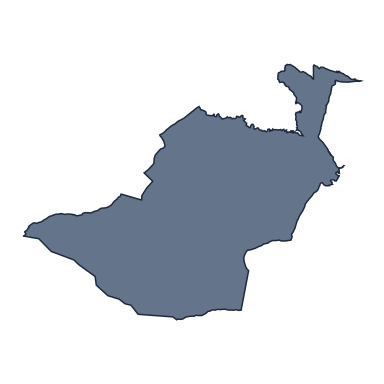 the district of Buyant, Hovd, Mongolia
{"feature_id": "93677404B7788562092433", "entity_name": "Buyant", "entity_type": "district", "adm_level": 2, "iso_a3": "MNG", "parent_name": "Mongolia", "parent_adm1": "Hovd", "projection": "equal_earth", "projection_center": [92.174, 47.985], "detail": "fine", "context": "isolated", "style": "filled", "palette": "slate", "viewbox_px": 384, "rotation_deg": 0, "n_neighbors": 0, "source": "geoboundaries", "source_scale": "gbopen_adm2", "svg_char_len": 5976}
<svg xmlns="http://www.w3.org/2000/svg" viewBox="0 0 384 384"><path d="M329.5,185.1L332.5,184.3L331.9,183.4L332.1,182.3L330.7,181.3L330.6,180.4L331.9,179.8L333.4,179.8L334.4,180.2L334.6,180.9L336.3,181.0L336.7,179.9L337.8,178.6L337.8,177.4L338.9,176.7L339.1,175.8L338.5,175.9L336.1,174.1L335.8,173.4L336.0,172.7L337.4,171.7L337.9,172.2L338.8,172.4L338.5,173.2L339.4,173.3L339.1,172.5L339.3,171.2L338.8,169.4L339.3,168.8L339.3,168.3L341.7,167.9L343.0,167.0L342.8,166.6L344.0,165.7L343.8,165.6L341.6,167.6L340.7,167.9L338.2,167.8L337.3,167.0L336.4,165.8L335.2,162.9L333.5,160.8L333.1,159.4L333.4,157.6L332.9,156.6L331.2,155.4L331.1,154.7L330.3,154.6L330.4,153.5L330.1,153.2L329.5,153.1L329.5,152.6L329.1,152.4L329.2,151.9L328.6,151.7L328.2,151.0L328.3,150.2L327.7,149.7L327.4,148.7L322.7,142.2L319.4,139.0L318.4,137.0L318.3,136.5L318.6,135.4L319.5,133.6L320.9,128.8L320.9,127.1L321.4,125.6L322.1,122.0L323.1,119.7L324.0,114.8L325.7,112.7L325.7,110.7L326.2,107.1L326.5,106.4L326.5,105.9L326.1,105.4L326.9,104.6L328.7,101.3L328.9,98.6L329.6,95.8L330.5,94.4L331.9,86.4L332.0,86.0L334.6,84.7L335.2,84.1L335.6,82.5L335.2,82.0L335.4,81.6L335.1,81.1L335.4,80.5L336.1,80.4L338.1,81.3L342.7,82.0L348.6,82.1L356.3,81.2L359.2,81.4L361.0,80.9L360.2,80.7L359.6,81.0L354.6,79.6L355.1,79.1L354.9,79.0L352.5,79.5L350.9,79.1L347.6,76.1L345.7,75.6L343.2,73.6L341.8,73.3L340.2,72.4L339.3,72.3L339.4,71.5L336.9,71.4L337.1,71.9L338.0,72.5L337.6,72.6L329.7,70.3L322.7,67.2L320.8,67.2L319.4,68.7L317.0,66.4L316.1,66.2L314.1,65.0L313.8,65.1L313.4,66.3L313.5,73.9L313.3,75.0L313.6,76.4L313.2,77.8L313.7,78.8L313.3,79.1L312.3,78.4L311.5,76.9L310.3,75.8L308.7,75.3L306.1,73.2L303.1,71.6L301.2,72.2L300.3,72.0L294.9,67.3L290.3,64.6L290.6,64.2L290.0,64.6L288.1,64.8L287.3,64.9L287.1,64.5L285.2,65.8L285.3,67.3L284.7,68.3L285.0,70.2L284.5,71.0L281.1,71.3L280.2,72.2L278.5,72.9L278.1,74.0L278.4,74.5L277.8,76.0L278.1,77.1L277.7,79.1L279.0,80.3L279.3,81.9L279.7,82.4L281.7,82.0L284.0,82.6L284.5,83.3L284.3,83.8L285.5,84.8L285.2,85.2L285.4,85.5L286.4,86.4L288.3,86.7L288.7,87.0L289.3,88.5L289.4,89.4L290.2,89.8L293.4,92.6L293.8,93.1L293.9,94.2L296.6,97.7L296.4,100.0L296.1,100.8L296.4,101.7L295.6,102.2L295.8,103.6L296.2,103.6L297.0,103.0L296.9,102.6L297.6,102.4L300.7,104.5L301.4,105.3L301.9,106.3L302.0,108.4L301.3,111.1L300.1,112.1L300.8,112.1L300.9,112.4L299.9,112.7L299.8,112.1L300.1,111.2L299.9,111.1L299.1,111.8L297.5,112.2L297.2,112.7L296.2,112.5L295.5,114.3L296.1,117.0L295.8,118.1L295.8,119.7L296.9,121.9L296.6,123.2L296.8,125.4L297.4,126.1L297.3,127.2L296.7,127.8L297.2,128.1L297.3,129.0L296.7,129.6L296.3,130.4L298.1,129.8L298.9,130.7L300.4,131.3L300.9,132.1L301.0,132.9L303.1,135.7L299.4,135.3L298.3,133.5L297.3,132.8L296.2,133.1L295.1,132.3L293.3,132.8L292.1,132.6L292.1,132.2L293.6,131.2L293.1,130.8L290.8,131.0L291.0,131.9L290.5,132.3L289.7,131.9L288.5,132.3L287.9,131.9L287.5,132.6L286.9,132.7L286.5,132.2L286.2,131.0L286.5,130.0L286.1,130.1L284.7,131.2L283.8,129.3L282.4,129.9L281.9,130.7L280.6,129.5L279.6,129.9L277.1,129.9L275.5,129.6L273.5,129.7L272.8,129.1L272.6,130.4L271.3,130.1L270.7,131.1L270.0,131.4L269.6,131.0L270.0,129.7L269.3,129.1L268.6,129.1L267.9,129.4L267.3,131.1L266.4,131.9L265.9,131.8L264.7,130.7L262.4,131.2L262.0,130.4L259.3,129.8L258.1,127.9L257.2,128.0L255.2,129.1L254.2,129.0L253.6,128.3L254.1,126.6L253.1,124.5L252.5,124.3L252.0,124.3L251.2,124.9L250.6,126.0L250.3,127.5L249.0,127.5L247.8,126.2L246.3,125.6L246.1,124.9L246.6,124.0L246.7,123.4L243.6,120.5L245.3,119.0L243.0,118.1L242.6,117.1L243.0,116.1L242.6,115.6L242.1,115.4L241.3,115.7L240.4,116.7L239.1,117.3L237.9,116.4L236.7,116.3L236.4,116.8L236.4,117.9L234.9,118.7L233.3,118.3L232.1,118.8L230.5,117.3L228.4,117.8L227.3,116.8L225.8,118.2L222.1,119.0L221.2,117.8L219.2,115.9L218.8,114.2L218.3,113.8L216.8,115.1L216.4,116.5L215.9,116.7L214.7,116.3L214.3,115.8L214.3,114.6L213.8,114.2L213.4,114.4L212.9,115.7L212.4,115.8L207.4,115.2L206.3,114.7L206.0,112.2L205.4,111.5L203.3,110.4L200.6,109.6L200.0,107.9L199.0,106.5L196.9,107.8L183.7,118.4L177.5,121.6L175.4,123.6L171.6,125.7L166.7,129.7L163.5,132.9L159.8,134.9L160.0,135.7L162.3,138.6L163.9,141.6L164.9,145.2L164.9,146.5L163.2,148.1L160.9,148.9L159.9,149.7L155.4,154.9L154.2,158.5L153.9,163.1L153.3,164.3L147.7,170.2L144.1,172.9L152.7,181.3L146.8,187.9L141.9,195.5L141.6,200.0L121.1,194.1L120.1,196.4L118.4,197.2L117.0,199.1L114.6,201.0L113.3,202.4L111.8,204.6L109.6,206.2L108.2,207.0L105.9,207.8L100.9,208.3L97.3,210.7L94.9,211.2L91.0,212.9L85.4,212.6L82.8,213.4L81.9,214.8L77.2,215.8L75.9,215.6L74.5,214.7L72.9,214.7L72.3,214.3L67.6,214.0L64.6,214.4L61.9,213.7L60.0,213.7L57.9,214.3L56.4,214.1L53.5,215.0L50.7,216.2L49.8,216.2L45.5,219.2L44.4,219.6L42.5,221.1L40.4,222.2L38.8,222.4L36.8,223.4L35.0,222.8L32.9,223.2L28.7,226.3L28.9,227.6L28.0,228.2L27.0,230.1L24.7,231.8L24.9,232.4L25.8,233.4L25.7,234.2L24.3,235.7L23.0,236.0L38.8,238.7L51.3,251.5L73.8,259.9L78.7,264.6L95.1,276.5L96.3,285.2L107.9,295.7L119.0,299.1L125.1,303.8L131.0,305.2L138.1,314.3L172.9,316.9L176.8,319.8L177.5,319.2L179.2,319.1L180.5,319.4L183.0,318.9L185.7,317.1L189.8,316.3L194.6,316.1L196.1,315.2L197.4,315.5L201.9,315.5L206.0,313.3L208.0,311.4L209.9,311.1L212.4,309.9L215.0,310.1L217.9,309.3L219.9,309.6L224.5,309.2L228.8,310.1L230.9,310.0L233.9,310.2L235.8,309.7L238.9,310.4L241.1,310.2L248.6,270.7L246.9,268.9L245.7,266.7L244.5,263.0L243.9,260.0L243.8,258.3L244.1,256.4L245.2,253.6L246.3,251.8L247.4,250.3L249.7,250.0L255.3,248.3L258.6,246.6L261.6,245.6L263.6,244.0L268.0,243.1L269.9,241.6L272.9,240.5L275.4,240.6L279.2,240.1L281.4,241.0L282.6,241.0L286.0,240.9L291.0,240.1L292.2,236.4L291.5,235.0L291.6,234.2L292.9,232.5L294.9,228.3L297.0,221.2L298.2,219.0L299.5,215.8L302.6,211.0L304.6,206.9L305.4,204.0L306.2,202.7L309.6,198.4L311.6,196.3L314.0,192.8L316.1,191.7L317.1,190.7L318.4,188.9L319.1,186.6L319.7,185.8L320.0,184.2L320.8,183.1L321.5,182.7L322.5,182.9L323.6,184.5L325.3,185.7L329.0,185.7L329.5,185.6L329.5,185.1Z" fill="#64748b" stroke="#1e293b" stroke-width="1.5"/></svg>